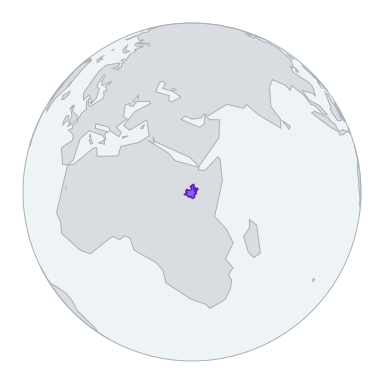 Southern Nations, Nationalities and Peoples highlighted on a globe, orthographic projection, rotated 329°
{"feature_id": "ETH-3129", "entity_name": "Southern Nations, Nationalities and Peoples", "entity_type": "Administrative State", "adm_level": 1, "iso_a3": "ETH", "parent_name": "Ethiopia", "parent_adm1": "", "projection": "orthographic", "projection_center": [36.895, 6.444], "detail": "fine", "context": "on_globe", "style": "filled", "palette": "violet", "viewbox_px": 384, "rotation_deg": 329, "n_neighbors": 0, "source": "natural_earth", "source_scale": "10m", "svg_char_len": 10232}
<svg xmlns="http://www.w3.org/2000/svg" viewBox="0 0 384 384"><g transform="rotate(329 192 192)"><circle cx="192" cy="192" r="169" fill="#eef3f6" stroke="#a8b0b8"/><path d="M109.7,44.4L99.4,50.7L91.1,56.9L88.4,58.9L84.7,61.5L85.0,61.2L97.0,52.3L109.7,44.4ZM23.7,177.4L23.6,180.3L23.4,187.9L23.2,192.1L23.6,194.2L23.6,197.1L27.7,204.7L31.9,213.8L33.3,224.0L32.6,234.5L38.8,258.4L39.4,264.3L44.2,273.8L45.1,275.4L39.2,264.1L34.2,252.4L30.1,240.4L26.9,228.0L24.7,215.5L23.4,202.8L23.1,190.1L23.7,177.4ZM171.4,24.3L172.1,24.2L165.7,25.1L165.3,25.2L171.4,24.3ZM286.1,51.7L288.6,53.4L301.8,63.6L314.0,75.1L321.9,84.5L327.2,90.8L330.2,94.9L331.4,97.3L327.1,91.2L324.8,89.0L322.2,85.5L322.8,88.1L319.1,83.3L321.4,88.1L324.8,92.0L325.7,91.1L329.3,98.0L335.2,105.2L340.3,114.1L344.9,130.3L343.1,135.6L343.9,138.7L341.0,135.4L340.4,141.7L348.7,158.6L349.6,163.7L347.2,173.8L346.5,170.0L338.7,161.4L339.7,173.7L345.7,183.5L347.9,195.5L344.3,192.1L341.8,181.6L339.0,178.2L338.0,167.5L332.4,152.1L328.6,155.5L327.3,149.2L318.9,137.2L312.6,141.8L303.7,159.3L305.3,175.5L301.0,183.0L288.9,160.4L283.9,145.2L279.3,146.9L267.1,134.8L245.3,135.1L242.4,131.3L238.3,133.3L229.7,129.7L225.4,123.6L220.1,124.2L231.7,140.4L237.4,139.9L242.4,133.4L244.6,139.3L252.9,144.4L242.9,159.5L210.9,173.7L208.2,161.6L186.1,129.7L187.0,126.2L186.9,125.8L186.7,125.1L184.2,130.9L180.6,124.8L191.9,146.7L193.6,156.4L210.5,174.4L208.8,176.3L214.3,180.1L232.6,175.0L232.6,179.1L223.7,198.2L198.8,224.6L202.4,242.0L201.0,256.8L186.1,266.7L188.1,277.9L180.5,281.9L180.5,288.2L174.8,294.9L165.0,301.2L147.6,301.1L146.0,295.4L136.4,284.1L122.9,256.6L126.7,244.1L125.0,234.2L112.4,212.0L115.1,199.9L111.9,194.7L105.2,195.7L101.6,189.5L97.6,189.3L73.1,192.6L66.2,184.4L58.9,160.0L63.7,150.7L65.4,139.8L98.8,105.2L105.0,107.3L130.2,103.5L133.2,104.8L129.2,112.7L147.4,123.0L154.4,116.3L171.9,122.0L184.1,121.8L190.3,107.0L170.2,106.8L167.7,99.7L184.6,93.7L202.3,94.8L201.9,92.2L191.5,86.1L196.5,81.5L188.1,83.8L190.8,86.4L185.7,88.2L182.8,85.9L184.6,84.2L179.6,83.0L172.1,92.2L174.1,95.9L160.2,97.5L162.2,104.1L158.2,107.1L153.2,97.3L154.4,93.8L144.5,83.9L142.0,87.6L151.2,97.5L148.0,96.7L144.7,102.6L144.6,97.5L135.3,86.6L123.4,88.8L106.6,103.5L100.0,104.8L95.1,101.8L102.7,87.0L116.7,86.0L119.6,81.6L118.1,75.3L122.5,75.8L123.6,73.3L129.0,73.0L137.9,67.4L143.7,66.9L148.4,60.1L152.0,59.1L148.2,63.2L148.5,66.2L162.9,66.0L166.0,64.6L168.0,60.4L171.7,61.2L171.7,57.2L180.6,55.9L169.8,54.5L171.8,50.4L177.8,47.5L176.6,46.1L166.8,50.9L164.6,53.2L165.8,55.5L158.2,62.5L153.0,63.7L153.7,56.0L146.3,57.2L150.0,51.4L174.3,40.6L183.7,39.1L196.7,44.2L193.8,46.3L187.7,45.4L192.2,49.7L192.3,47.6L195.4,48.6L198.1,45.6L200.4,46.2L199.0,42.6L202.2,43.0L203.0,45.2L209.6,42.0L216.5,42.5L216.9,41.5L215.4,40.4L225.0,42.3L224.9,41.5L221.7,40.5L219.3,38.6L218.9,36.0L222.3,36.8L222.9,37.8L229.2,41.5L230.3,44.5L231.7,44.7L231.5,42.2L223.8,37.7L222.5,36.0L226.7,37.8L225.1,37.0L225.5,36.5L229.2,36.8L224.8,34.8L225.2,29.5L232.3,30.2L235.9,32.0L239.8,31.0L247.4,33.0L244.4,31.9L244.3,31.4L241.9,30.7L240.4,30.3L239.9,30.0L252.1,34.1L263.9,39.1L275.2,45.0L286.1,51.7ZM86.3,122.6L85.2,125.8L86.3,122.6ZM220.5,104.3L231.4,104.9L227.3,95.9L231.1,95.6L228.3,92.9L226.9,95.3L220.1,88.0L225.1,85.6L224.1,82.0L220.4,81.6L212.4,87.4L222.1,97.6L219.3,101.2L220.5,104.3ZM80.1,66.1L76.0,69.9L78.4,67.5L76.6,68.9L79.4,66.0L87.2,59.8L83.2,63.0L80.1,66.1ZM124.3,62.0L125.7,63.3L123.0,66.0L115.8,68.0L119.7,64.1L124.3,62.0ZM128.4,64.8L131.0,57.3L135.6,56.2L132.6,58.0L135.3,58.0L131.2,61.0L133.0,67.8L130.7,70.7L118.6,72.0L123.8,69.8L122.2,68.4L128.4,64.8ZM129.6,44.8L130.8,42.9L139.3,42.8L137.2,44.8L129.8,46.5L128.0,45.4L129.6,44.8ZM140.8,31.0L133.7,33.4L133.0,33.7L126.4,36.5L121.9,38.3L126.2,36.4L140.8,31.0ZM126.1,36.4L117.9,40.2L118.7,39.8L126.1,36.4ZM173.9,26.7L170.6,26.6L172.7,27.9L167.8,28.3L168.4,28.5L164.5,29.4L160.7,30.8L158.7,30.9L158.1,31.5L155.5,32.3L154.0,33.2L149.8,33.9L147.6,35.1L146.8,34.8L144.2,36.8L144.3,35.6L141.0,36.9L142.6,37.4L123.7,41.1L115.7,44.4L109.0,48.1L110.0,46.1L117.0,41.8L126.5,37.1L134.1,34.6L133.2,34.4L136.5,33.3L135.8,33.9L138.9,32.4L141.5,31.6L149.9,29.0L152.8,27.8L155.9,27.1L156.1,27.2L159.1,26.4L161.7,26.2L164.0,25.8L168.8,25.4L167.8,26.3L170.5,25.8L174.2,25.8L173.9,26.7ZM164.4,25.3L165.5,25.1L168.2,24.7L167.5,24.9L173.4,24.1L173.3,24.5L170.6,25.1L163.4,25.6L160.9,26.0L156.2,26.9L164.4,25.3ZM137.3,101.9L139.7,102.3L143.6,102.0L141.6,106.0L137.3,101.9ZM130.6,94.5L132.9,94.0L132.1,99.0L129.6,98.9L130.6,94.5ZM134.9,89.8L133.1,93.6L132.6,91.5L134.9,89.8ZM150.4,62.8L152.9,62.2L152.9,63.2L151.1,64.7L150.4,62.8ZM179.0,32.6L177.5,32.0L178.4,31.7L178.5,29.9L182.1,29.7L183.4,30.7L179.0,32.6ZM186.4,109.5L182.5,112.3L180.8,110.9L182.5,110.2L186.4,109.5ZM160.7,109.0L166.2,111.0L160.1,110.1L160.7,109.0ZM182.9,32.1L182.5,31.3L184.5,31.8L182.9,32.1ZM184.7,29.5L187.2,29.9L182.5,29.5L184.7,29.5ZM251.2,328.6L252.1,330.3L249.6,330.6L251.2,328.6ZM230.3,253.9L219.1,279.7L211.0,280.0L209.3,272.5L213.3,256.9L222.7,252.3L227.2,245.1L230.3,253.9ZM357.0,222.5L357.5,223.1L357.3,223.9L357.0,222.5ZM356.7,219.9L357.5,219.9L356.3,221.7L356.7,219.9ZM357.7,220.0L358.5,218.3L358.9,216.9L358.6,218.6L357.7,220.0ZM356.0,220.1L350.6,220.7L348.0,218.9L349.1,216.0L353.3,216.1L356.0,220.1ZM348.8,215.9L344.3,208.4L335.2,185.9L338.6,185.9L347.5,199.1L347.0,201.6L349.7,207.7L348.8,215.9ZM358.2,199.8L357.6,207.3L355.0,207.0L353.6,206.0L352.7,196.6L353.3,191.7L354.6,191.7L357.3,174.9L358.7,178.7L358.3,185.7L359.3,192.0L358.2,199.8ZM306.1,177.0L310.2,186.4L307.6,188.2L306.1,177.0ZM356.8,163.6L356.8,170.7L356.3,161.3L356.8,163.6ZM355.5,154.8L356.3,158.3L355.2,155.0L355.5,154.8ZM345.4,143.4L344.2,144.3L343.4,141.9L344.5,139.3L345.4,143.4ZM344.1,121.9L347.0,128.7L347.8,131.1L345.8,127.0L344.1,121.9ZM212.9,32.8L208.8,35.1L208.3,37.4L211.7,39.4L205.1,38.0L206.0,34.4L212.9,32.8ZM223.4,29.7L220.4,28.5L222.8,28.7L223.8,29.0L223.4,29.7ZM220.8,29.1L215.0,28.3L214.0,27.5L218.8,28.3L220.8,29.1ZM198.9,29.3L197.4,29.9L195.8,29.4L198.9,29.3ZM331.6,287.2L328.6,290.8L328.8,289.6L332.3,284.6L339.5,269.9L339.8,270.1L344.0,260.2L350.2,250.4L355.3,235.5L351.0,249.1L345.6,262.3L339.1,275.1L331.6,287.2ZM358.8,218.9L358.0,223.0L359.1,217.0L358.8,218.9ZM360.6,202.5L360.7,201.6L360.7,201.3L360.6,202.5ZM359.8,193.5L360.0,198.1L360.6,195.0L360.1,199.4L360.0,206.9L359.7,209.9L359.9,201.7L359.1,210.3L358.8,210.2L359.1,202.9L359.7,193.9L360.0,190.1L360.8,188.4L359.8,193.5ZM360.1,176.2L359.1,170.2L359.0,172.6L358.5,164.0L359.6,171.1L360.1,176.2ZM358.0,163.0L358.0,165.1L357.5,160.2L358.0,163.0ZM357.6,163.2L356.7,159.0L357.2,159.5L357.6,163.2ZM358.2,163.1L356.9,156.1L357.8,160.2L358.2,163.1ZM354.4,149.9L356.7,156.5L355.1,153.8L351.3,140.6L351.7,140.2L354.4,149.9ZM331.8,97.1L331.9,97.3L332.1,97.6L336.1,103.8L336.5,104.4L333.1,99.1L330.6,95.4L331.8,97.1ZM239.1,29.9L237.3,29.3L238.7,29.7L239.1,29.9ZM233.2,28.1L232.8,28.1L231.8,27.8L233.2,28.1ZM232.3,28.3L232.0,27.9L234.3,28.8L232.3,28.3Z" fill="#d9dde1" stroke="#a8b0b8" stroke-width="1"/><path d="M187.4,195.2L187.2,195.0L187.2,194.9L187.2,194.7L186.9,194.5L186.7,194.4L186.7,194.2L186.4,193.8L186.4,193.7L186.3,193.4L186.3,193.1L186.1,192.9L186.1,192.7L186.0,192.3L185.8,192.1L185.8,191.8L185.7,191.7L185.7,191.4L185.4,191.1L185.1,191.1L185.0,190.9L185.0,190.7L184.8,190.5L184.4,190.4L184.2,190.2L184.3,190.1L184.5,190.2L184.8,190.1L185.0,190.1L185.2,190.3L185.3,190.3L185.5,190.3L185.8,190.1L186.0,190.0L186.3,190.0L186.4,189.9L186.5,190.0L186.6,189.9L186.8,190.0L187.0,190.0L187.2,189.9L187.4,190.0L187.4,189.9L187.4,189.6L187.5,189.5L187.5,189.4L187.5,189.2L187.3,188.9L187.2,188.9L187.3,188.8L187.2,188.8L187.2,188.5L187.2,188.4L187.3,188.2L187.5,188.1L187.5,187.9L187.8,187.8L187.9,187.7L188.0,187.8L188.2,188.0L188.3,187.9L188.5,187.8L188.8,187.6L188.6,187.4L188.7,187.2L188.8,187.2L189.0,187.2L189.0,187.3L189.1,187.5L189.0,187.8L189.2,188.1L189.3,188.1L189.5,188.3L189.5,188.5L189.8,188.7L189.9,188.8L190.0,188.9L190.1,189.0L190.3,189.0L190.5,189.1L190.8,189.1L191.1,189.3L191.7,189.6L191.8,189.7L192.1,189.7L192.4,189.7L192.6,189.7L192.8,189.6L193.0,189.5L193.3,189.3L193.5,189.2L193.6,188.6L193.5,188.4L193.5,187.9L193.6,187.7L193.5,187.4L193.8,187.4L193.9,187.5L194.0,187.6L194.1,187.4L194.0,187.2L194.1,186.7L193.8,186.6L193.7,186.6L193.7,186.4L193.8,186.2L194.0,186.2L194.1,186.3L194.3,186.4L194.5,186.4L194.8,186.4L195.4,186.3L195.8,186.2L196.0,186.2L196.1,186.3L196.1,186.5L196.3,186.6L196.5,186.5L196.6,186.3L196.6,186.2L196.8,186.1L197.1,186.2L197.2,186.3L197.1,186.5L197.3,186.7L197.2,186.9L197.2,187.1L197.0,186.7L196.8,186.7L196.8,186.8L197.0,187.1L197.0,187.3L197.0,187.6L196.9,187.7L196.7,187.9L196.7,188.0L196.5,188.3L196.5,188.5L196.5,188.8L196.3,188.9L196.2,189.0L196.0,189.3L195.6,189.7L195.5,189.8L195.4,190.1L195.5,190.1L196.0,190.2L196.2,189.9L196.3,189.9L196.4,190.0L196.6,190.0L196.8,190.1L197.0,190.1L197.1,190.3L197.1,190.9L197.1,191.0L197.3,191.1L197.7,191.3L197.9,191.3L198.0,191.3L198.2,191.5L198.4,191.8L198.5,191.8L198.5,192.2L198.5,192.3L198.4,192.5L198.5,192.8L198.3,192.9L198.1,192.8L198.0,192.7L197.8,192.4L197.5,192.2L197.4,192.1L197.0,192.0L196.9,192.0L196.7,192.0L196.5,192.3L196.5,192.6L196.4,192.8L196.3,193.0L196.2,193.1L196.1,193.3L196.4,193.5L196.2,193.7L195.9,193.7L195.5,193.0L195.5,192.9L195.8,192.8L195.8,192.7L195.8,192.4L196.0,192.3L196.1,192.2L196.0,191.9L195.9,191.9L195.8,192.0L195.7,192.0L195.6,191.8L195.4,191.7L195.2,191.6L194.9,191.6L194.7,191.8L194.7,192.1L194.8,192.2L194.8,192.3L194.8,192.6L194.7,192.7L194.6,192.8L194.6,193.2L194.6,193.3L194.8,193.3L195.2,193.5L195.3,193.7L195.3,193.9L195.4,194.0L195.5,194.0L195.3,194.3L195.1,194.3L195.1,194.6L195.1,194.8L195.0,195.2L195.0,195.3L195.0,195.5L194.9,195.6L194.7,195.4L194.3,195.3L194.2,195.4L194.1,195.5L193.9,195.6L193.6,195.7L193.5,195.8L193.3,195.8L193.1,195.7L192.7,195.7L192.4,195.7L192.2,195.7L192.1,195.8L191.9,196.4L192.0,196.5L192.0,196.9L191.9,197.1L191.7,197.3L191.6,197.6L191.5,197.8L191.4,197.9L191.2,197.9L190.2,197.9L189.9,197.9L189.5,197.9L189.4,197.9L189.2,197.7L189.1,197.4L188.7,197.0L188.7,196.8L188.6,196.7L188.7,196.1L188.8,195.9L188.7,195.6L188.8,195.3L188.6,195.3L188.4,195.1L188.2,195.2L187.9,195.0L187.7,195.0L187.4,195.2L187.4,195.2Z" fill="#8b5cf6" stroke="#5b21b6" stroke-width="1.5"/></g></svg>